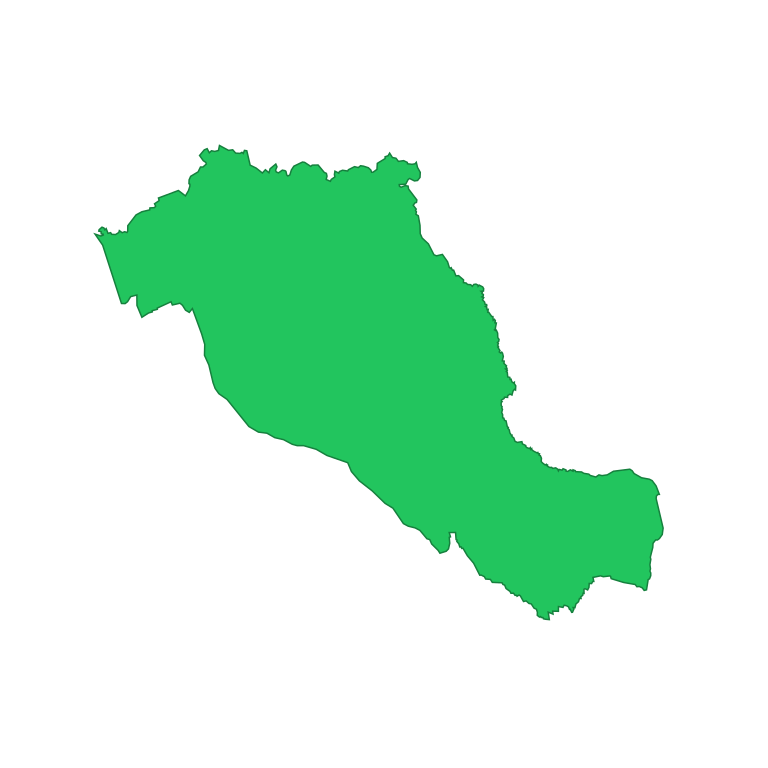 outline of Si Maha Phot, Prachin Buri, Thailand, rotated 341°
{"feature_id": "78962969B29475179093535", "entity_name": "Si Maha Phot", "entity_type": "district", "adm_level": 2, "iso_a3": "THA", "parent_name": "Thailand", "parent_adm1": "Prachin Buri", "projection": "equal_earth", "projection_center": [101.574, 13.876], "detail": "fine", "context": "isolated", "style": "filled", "palette": "green", "viewbox_px": 768, "rotation_deg": 341, "n_neighbors": 0, "source": "geoboundaries", "source_scale": "gbopen_adm2", "svg_char_len": 6171}
<svg xmlns="http://www.w3.org/2000/svg" viewBox="0 0 768 768"><g transform="rotate(341 384 384)"><path d="M464.5,167.5L462.2,169.5L459.0,169.5L458.5,171.2L449.5,173.2L447.2,178.8L442.6,180.2L441.2,179.8L441.2,177.4L439.6,174.4L435.6,171.4L432.9,170.0L430.2,171.0L426.9,168.9L420.1,169.8L419.0,170.8L414.4,168.4L411.0,168.6L409.9,169.9L406.9,166.8L405.3,169.8L405.0,172.2L400.7,173.4L399.3,174.9L395.9,171.8L397.8,168.9L398.1,166.1L396.4,164.5L393.0,155.5L387.4,153.7L385.6,154.4L381.1,148.6L379.2,147.6L369.7,148.7L366.1,151.5L363.0,155.7L360.8,156.0L360.1,154.8L360.5,151.0L359.8,150.0L357.5,148.7L353.0,150.0L351.2,148.5L351.1,146.5L353.5,143.8L353.3,140.8L346.4,143.4L344.0,146.8L341.6,142.8L337.7,144.9L333.4,138.2L328.7,133.5L330.2,118.8L328.1,117.7L326.0,120.2L325.1,118.7L323.0,119.1L318.9,117.4L317.2,113.3L313.1,112.5L306.1,104.9L303.5,109.3L299.7,109.0L296.8,107.3L294.1,108.5L293.4,103.9L290.3,104.1L284.0,107.9L285.8,114.0L287.7,116.5L287.6,118.2L283.4,119.9L281.1,119.1L277.3,122.9L268.8,124.7L266.2,127.5L264.8,131.1L265.5,131.9L264.9,133.7L262.0,137.6L257.5,141.5L252.6,134.1L231.3,134.7L231.1,137.4L225.7,138.9L226.0,141.5L224.4,142.5L220.0,141.3L219.2,143.1L211.2,142.3L204.6,143.4L193.3,150.9L191.4,156.1L190.3,157.1L188.4,155.6L185.7,155.7L183.7,152.8L182.6,154.4L178.9,155.3L175.2,153.8L174.8,151.9L172.1,151.7L171.9,146.6L170.3,147.4L170.0,145.3L168.4,143.9L164.9,145.3L164.1,146.6L166.1,147.9L165.5,150.0L167.2,150.9L167.1,151.8L164.5,151.9L159.6,148.2L163.2,161.1L162.0,222.4L165.4,223.7L168.3,222.7L172.9,218.9L179.3,219.4L176.0,229.3L176.8,242.1L184.5,240.2L188.4,240.4L188.7,239.2L194.0,239.6L194.3,238.4L209.4,236.9L209.6,240.4L217.4,241.2L219.1,244.0L220.4,249.6L223.2,252.9L227.4,250.3L227.9,277.3L227.4,288.2L223.6,298.4L224.6,309.0L222.8,327.1L222.9,333.3L224.7,339.4L230.6,347.5L242.4,380.2L249.6,388.6L257.3,392.4L263.3,399.2L270.9,403.9L277.6,411.1L281.8,414.0L287.9,416.1L298.7,423.7L306.8,433.0L324.1,446.6L324.7,456.2L329.2,467.6L338.1,481.3L346.2,497.3L352.0,504.3L356.9,522.3L360.6,526.3L366.6,530.2L370.3,534.1L374.2,544.3L376.6,546.0L377.0,550.8L381.0,558.9L381.8,562.2L388.3,562.4L391.3,560.9L394.3,556.0L395.8,550.2L397.1,550.2L397.3,545.7L403.3,547.7L401.5,554.6L402.3,555.3L401.6,556.6L402.7,559.4L402.6,562.8L403.8,563.0L404.0,564.8L405.2,565.0L406.9,573.5L410.4,582.6L412.3,596.0L413.7,596.3L416.2,598.9L416.6,601.5L421.0,603.4L421.8,606.8L430.9,610.4L431.2,612.3L432.6,613.4L432.8,617.1L435.6,621.1L435.9,623.2L438.4,624.0L439.1,626.5L440.6,627.0L440.7,628.0L443.0,627.5L443.9,628.6L445.1,635.1L447.8,635.4L449.6,638.7L451.6,639.8L452.9,644.8L454.8,646.6L454.7,649.8L453.6,652.6L455.1,655.0L456.4,654.9L456.6,656.0L458.3,656.6L458.3,657.9L460.1,659.0L463.6,660.6L465.0,653.2L468.9,656.6L469.5,653.7L474.9,655.7L476.5,651.2L480.5,653.5L482.3,651.8L484.4,653.1L485.9,654.8L486.0,657.5L486.7,657.6L487.1,661.0L487.9,661.2L490.3,658.6L490.1,657.0L491.7,657.7L493.8,654.5L497.0,653.2L499.0,650.4L500.5,651.0L500.8,649.3L503.1,648.5L504.2,646.6L505.0,647.1L506.2,643.2L507.4,643.0L509.5,645.0L511.6,643.0L513.1,639.4L515.3,640.3L517.0,638.7L518.1,639.0L518.6,634.9L526.3,635.9L528.6,637.6L535.0,639.0L535.6,639.6L535.4,642.0L546.0,649.7L556.3,655.4L557.1,658.0L559.5,658.6L561.8,660.8L562.8,663.9L565.2,664.1L570.1,654.9L571.6,654.7L573.8,652.1L574.7,649.5L574.5,647.5L575.8,645.5L576.6,641.4L579.2,636.6L579.4,634.5L584.9,626.1L586.5,622.2L590.0,619.9L591.8,620.5L594.1,619.8L598.1,616.9L601.0,611.1L604.0,581.0L605.1,578.6L606.9,577.6L608.4,578.0L608.1,569.0L606.1,562.7L603.9,560.4L597.0,556.5L591.3,550.1L590.4,546.8L588.7,544.6L572.6,541.2L565.5,542.6L560.3,541.6L557.6,539.9L554.0,540.9L549.2,537.6L548.3,535.9L543.8,533.5L542.2,531.5L536.7,529.3L536.6,528.2L534.8,526.7L534.3,527.9L532.2,525.8L529.4,526.5L527.8,525.7L528.1,524.5L525.7,522.4L524.3,523.4L521.8,521.8L520.6,522.9L520.5,521.1L519.1,519.2L516.0,518.7L515.4,517.4L513.6,516.9L511.9,515.2L512.2,513.9L511.4,514.0L511.4,512.8L510.0,513.0L508.2,510.3L507.4,508.5L508.7,505.5L508.5,502.7L507.5,501.8L508.3,500.6L507.2,500.1L507.2,498.8L506.1,498.8L503.5,496.1L502.4,494.2L502.6,493.2L501.5,493.7L501.6,491.8L500.5,492.4L498.4,490.7L497.6,489.1L498.0,488.3L495.4,485.7L495.6,483.4L490.9,482.6L489.2,480.7L489.2,477.3L487.9,475.3L488.4,474.1L487.8,474.0L487.1,471.2L487.5,468.1L486.7,466.2L487.4,465.6L486.7,464.3L487.4,458.6L486.1,457.6L486.2,455.3L485.2,454.6L486.2,451.6L486.0,449.3L487.8,446.5L487.5,445.1L488.3,444.0L487.8,442.6L488.6,440.1L489.8,439.1L489.3,438.9L489.8,437.4L492.8,436.8L493.6,435.7L496.5,436.9L497.2,435.2L499.8,434.6L501.4,436.1L503.7,432.7L505.6,431.5L506.4,432.5L508.0,428.6L507.3,426.1L507.8,424.8L506.7,425.1L505.6,423.5L505.7,420.8L504.7,420.7L505.1,418.7L503.3,417.6L504.4,412.9L503.7,412.1L505.0,411.2L503.9,409.4L505.3,409.6L505.1,407.0L505.7,406.7L504.1,403.6L505.1,401.5L503.4,400.6L505.8,396.8L506.1,393.5L505.7,392.2L504.4,392.7L503.4,391.2L504.5,390.3L503.6,386.2L504.4,386.1L504.1,384.2L505.3,383.0L504.8,381.7L506.3,381.1L507.3,379.3L506.7,377.2L508.0,372.9L507.8,370.3L507.5,369.1L506.8,369.7L506.1,368.8L506.9,368.5L510.1,362.9L508.8,362.2L509.9,360.4L509.5,358.8L508.0,359.3L508.9,355.7L507.8,355.2L506.4,350.3L505.5,349.9L506.8,347.4L505.7,347.3L506.1,344.5L505.2,343.8L506.7,343.4L506.9,342.3L505.5,341.6L505.8,339.3L504.5,336.5L506.4,334.8L504.9,333.5L506.5,333.1L507.1,331.7L506.0,330.4L506.9,329.1L506.1,328.0L508.3,328.5L509.3,326.3L508.9,324.3L506.2,321.5L504.8,322.3L504.9,321.0L503.5,319.5L501.3,319.1L499.3,320.4L498.3,318.3L495.4,317.1L494.6,315.3L492.1,314.0L493.1,311.5L489.8,305.8L487.2,305.2L486.9,299.0L485.7,298.7L485.4,295.9L484.5,296.2L483.7,295.1L483.9,289.1L481.4,280.5L475.4,279.9L473.3,278.1L471.6,266.0L467.6,258.4L467.2,253.6L469.7,245.7L471.2,236.1L469.4,233.9L470.7,231.8L470.3,230.1L471.4,229.1L469.8,224.5L472.3,222.8L473.8,222.9L475.0,220.7L470.7,207.6L471.2,204.7L468.5,203.3L464.2,203.5L463.0,202.1L463.3,200.4L469.6,202.1L473.4,198.5L475.1,198.0L478.9,201.9L482.0,202.5L485.3,200.4L487.2,195.7L486.2,190.2L486.7,184.9L485.0,185.9L482.0,185.4L477.9,183.4L478.2,182.1L475.3,179.2L470.1,178.2L468.8,174.4L465.7,172.6L464.5,167.5Z" fill="#22c55e" stroke="#15803d" stroke-width="1.5"/></g></svg>